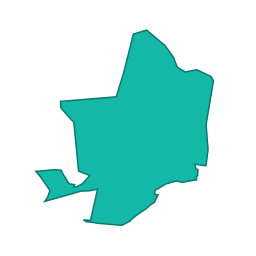 Soledad Etla, Oaxaca, Mexico, rotated 100°
{"feature_id": "50627088B55469637772228", "entity_name": "Soledad Etla", "entity_type": "district", "adm_level": 2, "iso_a3": "MEX", "parent_name": "Mexico", "parent_adm1": "Oaxaca", "projection": "equal_earth", "projection_center": [-96.818, 17.158], "detail": "fine", "context": "isolated", "style": "filled", "palette": "teal", "viewbox_px": 256, "rotation_deg": 100, "n_neighbors": 0, "source": "geoboundaries", "source_scale": "gbopen_adm2", "svg_char_len": 2218}
<svg xmlns="http://www.w3.org/2000/svg" viewBox="0 0 256 256"><g transform="rotate(100 128 128)"><path d="M131.7,182.4L133.6,181.9L138.3,180.5L161.7,174.0L166.0,172.8L168.2,172.2L172.4,171.0L172.7,170.9L177.2,169.7L179.1,169.1L180.6,161.3L181.4,157.3L190.7,163.2L194.8,168.2L195.4,171.2L193.1,170.7L193.1,176.4L185.1,183.6L181.2,186.5L181.7,192.8L186.7,211.3L191.2,205.8L203.1,194.0L210.2,195.2L213.4,196.6L214.7,197.2L211.6,190.7L206.0,179.0L202.2,171.2L198.4,163.5L196.5,155.0L196.2,154.1L195.9,153.5L194.5,149.8L193.5,147.4L208.1,148.0L214.8,148.4L225.5,148.9L226.2,156.0L226.4,155.3L227.5,152.7L227.6,152.4L227.7,152.2L227.4,151.8L227.3,151.3L227.3,150.8L227.2,150.3L227.2,149.8L227.3,149.2L227.4,148.7L227.3,148.2L227.2,147.8L227.2,146.8L227.0,146.3L227.1,145.7L227.1,140.6L226.6,136.4L226.3,132.5L226.1,131.4L226.0,128.8L225.7,126.3L225.6,125.3L225.6,124.2L225.3,121.4L224.9,117.1L221.0,112.0L219.3,109.8L218.2,109.2L216.6,108.0L215.0,106.8L213.0,104.9L210.7,102.7L209.1,101.1L207.5,99.4L206.2,98.1L203.8,95.6L200.1,92.9L196.6,89.1L188.5,86.8L188.6,88.1L188.7,88.7L188.7,89.1L188.7,90.4L184.8,90.5L182.5,87.8L181.2,86.3L180.4,85.5L180.0,85.2L179.6,84.6L178.2,83.0L177.7,82.6L177.1,81.6L176.8,81.3L176.3,80.6L176.0,80.2L175.8,79.7L175.4,78.6L175.3,78.3L174.1,76.0L173.4,74.7L173.2,74.3L172.6,72.8L172.4,72.3L172.2,71.7L172.0,71.0L171.9,70.6L171.9,70.2L171.9,69.3L171.9,68.4L172.1,67.2L172.1,66.1L172.1,65.3L172.1,65.1L169.8,59.1L167.1,51.5L163.7,52.0L162.9,51.2L158.8,51.7L156.7,51.9L156.5,53.8L154.0,55.1L153.3,55.5L152.6,55.7L152.0,55.8L151.9,48.9L151.6,44.7L150.7,44.7L145.6,44.9L144.4,44.9L143.3,45.0L140.7,45.2L138.4,45.3L136.1,45.3L131.4,46.4L131.2,46.5L129.8,46.9L125.8,47.9L124.3,48.3L123.4,48.5L115.3,50.6L112.8,51.2L112.1,51.4L111.9,51.4L110.9,51.7L110.7,51.7L108.9,51.7L104.5,51.7L101.0,51.8L97.4,51.8L91.9,51.7L90.7,51.8L88.3,51.8L86.5,51.9L84.5,52.0L82.5,52.0L80.8,51.7L78.7,51.9L77.1,52.0L75.6,51.9L74.1,51.9L72.8,51.9L71.2,52.0L69.9,52.0L68.5,52.0L66.8,51.9L62.8,55.2L58.7,70.4L62.9,81.5L59.5,90.1L50.6,95.4L40.5,105.7L28.3,126.7L28.6,127.1L34.5,139.0L74.6,141.9L99.3,145.0L112.5,195.2L113.5,199.1L119.9,197.6L129.7,185.2L131.7,182.4Z" fill="#14b8a6" stroke="#0f766e" stroke-width="1.5"/></g></svg>